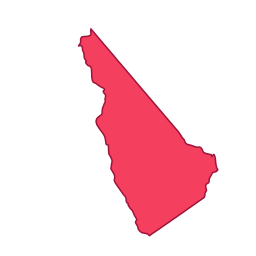 New Hampshire, orthographic projection, rotated 323°
{"feature_id": "USA-3538", "entity_name": "New Hampshire", "entity_type": "State", "adm_level": 1, "iso_a3": "USA", "parent_name": "United States of America", "parent_adm1": "", "projection": "orthographic", "projection_center": [-71.585, 44.003], "detail": "fine", "context": "isolated", "style": "filled", "palette": "rose", "viewbox_px": 256, "rotation_deg": 323, "n_neighbors": 0, "source": "natural_earth", "source_scale": "10m", "svg_char_len": 3131}
<svg xmlns="http://www.w3.org/2000/svg" viewBox="0 0 256 256"><g transform="rotate(323 128 128)"><path d="M135.0,49.4L135.0,47.6L135.1,46.3L135.5,45.3L137.7,41.8L138.0,41.0L138.3,39.5L138.5,38.7L140.1,36.0L140.4,34.5L139.6,33.5L138.1,32.8L138.7,32.3L141.1,31.6L141.8,30.9L143.4,28.8L144.4,28.0L145.6,27.5L146.6,27.7L151.2,30.6L152.6,31.1L153.9,31.3L154.9,30.8L156.6,28.0L157.5,27.0L158.0,26.7L158.3,30.8L158.5,35.0L158.7,39.1L159.0,43.3L159.2,47.5L159.5,51.6L159.7,55.8L160.0,60.0L160.2,64.1L160.4,68.3L160.7,72.4L160.9,76.6L161.2,80.8L161.4,84.9L161.7,89.1L161.9,93.3L162.1,97.4L162.4,101.6L162.6,105.7L162.9,109.9L163.1,114.1L163.4,118.2L163.6,122.4L163.9,126.6L164.1,130.7L164.4,134.9L164.6,139.0L164.9,143.2L165.1,147.4L165.4,151.5L165.6,155.7L165.9,159.8L166.0,162.2L165.8,164.6L165.8,165.8L165.7,166.9L165.6,167.3L165.5,167.8L165.5,168.4L165.7,169.6L165.8,170.9L165.6,171.7L165.1,173.6L165.0,174.1L165.0,174.6L165.0,175.2L165.3,176.1L165.6,176.8L166.0,177.4L167.7,179.4L169.6,182.2L171.4,184.8L173.6,186.2L173.9,186.6L174.2,187.2L174.4,188.3L174.4,189.0L174.3,189.6L173.8,192.0L173.7,192.8L173.8,193.3L174.9,195.2L176.8,197.5L178.4,199.3L177.9,201.2L179.1,200.9L180.4,200.7L180.7,201.2L180.5,202.3L180.1,203.3L179.9,203.7L179.4,204.9L176.4,209.8L175.2,212.5L174.7,214.2L174.6,215.4L172.6,215.9L171.4,215.6L169.5,214.8L168.8,214.7L168.3,214.7L162.7,217.3L162.1,217.7L161.8,218.0L161.0,219.0L160.6,219.5L159.8,220.0L159.3,220.2L158.7,220.2L158.0,220.1L157.0,220.0L156.5,220.1L156.0,220.3L155.7,220.5L155.4,220.8L154.9,221.4L154.6,221.8L154.2,222.6L153.7,224.1L153.5,224.6L152.9,225.3L152.2,225.6L151.1,226.0L150.5,226.2L150.1,226.5L149.3,227.5L148.5,228.3L147.6,229.0L147.2,229.2L146.6,229.3L145.3,229.3L141.2,229.1L137.2,229.0L133.1,228.9L129.0,228.7L125.0,228.6L120.9,228.5L116.9,228.3L112.8,228.2L108.8,228.0L104.7,227.9L100.6,227.7L96.6,227.5L92.5,227.4L88.5,227.2L84.4,227.0L80.4,226.9L79.9,224.6L78.8,223.0L76.4,220.4L75.9,219.5L75.6,218.7L75.4,217.9L75.3,216.6L75.3,215.2L75.6,214.3L76.0,213.5L76.5,212.4L76.9,209.0L77.3,207.7L78.3,207.1L79.7,206.6L80.2,205.3L80.5,201.8L81.6,197.4L81.7,195.6L81.4,193.6L81.4,192.7L81.8,189.5L82.2,189.1L82.4,188.7L82.6,188.2L82.5,187.7L82.4,187.5L82.2,187.4L82.2,187.1L82.3,186.1L82.6,185.3L83.0,184.6L83.6,183.9L84.3,182.5L84.5,180.7L84.3,177.8L84.8,164.5L85.2,162.4L85.7,161.3L87.7,159.4L88.5,158.1L89.0,156.6L89.5,153.4L89.7,150.7L90.1,149.9L91.6,148.6L92.4,147.6L95.4,144.9L96.0,143.6L96.4,142.1L96.8,140.4L96.9,138.7L97.2,137.1L98.1,135.5L101.8,130.2L101.9,129.7L101.5,129.2L101.1,128.7L100.8,128.1L101.2,126.9L103.6,122.5L104.4,120.0L104.7,117.1L104.8,110.2L105.2,106.3L106.4,103.5L108.5,101.8L111.3,101.3L114.1,101.4L115.4,101.2L116.4,100.4L118.3,98.1L119.2,97.2L124.0,94.1L125.5,93.5L126.0,92.9L126.9,91.2L128.8,89.6L129.9,88.2L130.0,86.8L129.8,85.4L130.2,83.9L130.7,83.5L131.4,83.5L132.1,83.4L132.6,82.6L132.6,81.9L132.2,81.0L131.5,80.0L129.8,75.5L129.6,74.4L129.2,73.0L128.5,71.9L127.9,70.7L128.1,68.7L129.5,65.9L132.1,62.2L134.5,58.6L135.0,56.7L134.6,55.5L133.8,54.3L133.4,52.5L133.6,50.4L134.1,49.7L135.0,49.4Z" fill="#f43f5e" stroke="#9f1239" stroke-width="1.5"/></g></svg>